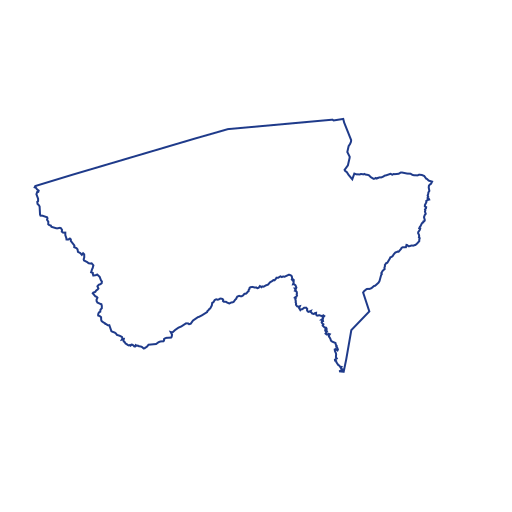 Água Boa, Mato Grosso, Brazil (Mercator projection), rotated 341°
{"feature_id": "56859067B27604315767494", "entity_name": "Água Boa", "entity_type": "district", "adm_level": 2, "iso_a3": "BRA", "parent_name": "Brazil", "parent_adm1": "Mato Grosso", "projection": "mercator", "projection_center": [-52.48, -14.089], "detail": "fine", "context": "isolated", "style": "outline", "palette": "blue", "viewbox_px": 512, "rotation_deg": 341, "n_neighbors": 0, "source": "geoboundaries", "source_scale": "gbopen_adm2", "svg_char_len": 6060}
<svg xmlns="http://www.w3.org/2000/svg" viewBox="0 0 512 512"><g transform="rotate(341 256 256)"><path d="M383.1,154.8L373.5,153.1L372.7,152.0L270.8,126.9L237.0,125.1L109.0,119.4L70.1,118.0L69.1,119.0L70.1,119.8L70.7,121.8L71.8,123.4L71.0,124.5L70.0,124.2L68.5,126.1L68.6,131.0L67.8,133.2L66.8,133.6L66.4,135.6L67.3,137.5L67.5,138.8L65.3,146.5L65.4,147.7L67.1,148.3L71.1,151.4L71.1,152.5L70.2,153.7L70.8,155.9L69.9,158.4L70.6,159.5L71.9,160.4L72.1,161.8L76.1,164.7L77.2,165.2L79.7,165.5L80.6,166.2L81.1,168.2L80.3,169.7L81.2,171.1L83.3,171.8L82.5,174.2L82.5,177.2L82.2,178.7L83.9,179.3L85.7,178.9L86.3,180.0L85.8,181.5L87.7,186.9L87.0,188.5L88.8,190.1L89.4,191.6L89.0,194.1L90.8,196.0L91.7,198.2L93.4,197.1L94.1,198.5L93.2,201.3L92.0,203.0L91.9,204.2L94.5,206.9L95.3,208.3L96.9,209.2L98.2,209.4L99.2,211.9L97.5,214.4L96.7,215.1L94.8,217.7L96.2,218.9L95.8,220.3L95.8,221.5L98.4,222.0L99.8,221.8L101.4,224.8L101.5,228.6L102.0,229.9L101.2,231.5L99.7,232.0L98.0,232.0L96.2,233.0L96.4,235.4L95.4,236.1L93.6,236.6L92.4,237.6L90.3,237.6L89.5,238.1L91.0,241.9L92.0,242.6L92.5,243.8L91.0,245.4L90.6,246.7L90.9,248.4L93.2,250.6L94.1,251.2L94.0,252.9L93.2,255.2L91.5,256.1L90.6,258.0L89.4,258.1L88.6,258.7L87.8,259.7L87.4,260.9L88.8,262.1L89.6,263.4L88.8,266.1L88.9,267.4L90.3,269.4L91.2,270.2L91.4,271.2L92.3,271.7L93.1,273.0L93.8,273.5L94.8,273.7L94.8,280.0L95.5,280.8L97.5,282.4L98.4,283.8L98.8,285.3L101.1,287.0L102.9,288.9L103.0,290.3L101.9,291.4L103.9,291.5L103.2,292.6L103.1,293.8L103.7,294.3L104.2,296.4L105.1,297.2L105.5,298.1L106.7,299.2L107.9,299.1L108.2,299.9L109.8,299.3L110.9,300.5L111.5,301.9L112.3,302.2L113.3,301.1L114.1,302.1L115.1,302.2L115.6,303.0L117.8,304.2L118.7,305.1L119.7,306.9L120.8,307.0L121.5,306.6L122.5,306.5L123.6,306.1L125.5,304.9L132.9,306.7L135.7,305.8L137.0,305.7L138.3,305.8L140.7,306.5L141.5,306.0L142.0,304.6L142.9,304.3L144.6,304.2L149.1,305.5L149.9,305.0L151.0,303.1L150.6,300.1L151.6,300.8L152.5,300.9L155.5,299.6L159.4,298.5L162.4,298.3L167.9,296.9L169.9,297.7L170.5,298.7L172.2,298.8L175.4,296.5L181.2,294.9L182.1,295.0L185.5,294.5L191.5,293.1L192.2,292.2L193.4,291.8L194.4,291.0L195.6,290.7L198.1,288.4L199.4,286.0L200.6,285.9L202.6,284.2L204.3,284.0L205.6,284.9L207.0,284.9L208.3,284.6L209.4,285.1L210.4,285.8L210.7,286.9L210.1,287.8L210.6,288.7L212.8,289.6L213.5,290.6L215.3,292.2L217.6,291.9L218.7,292.2L219.9,292.1L222.2,290.5L223.4,290.0L224.2,289.0L225.1,288.3L227.1,288.2L228.2,289.0L229.3,289.4L231.2,289.0L232.2,288.2L233.3,288.0L234.1,288.4L235.6,287.8L236.5,287.1L237.5,286.9L238.2,285.5L239.1,285.0L239.5,284.1L240.5,283.7L242.6,284.1L244.7,285.5L246.0,285.8L246.8,286.9L248.2,286.9L249.9,285.7L251.0,287.3L252.0,286.8L253.2,287.5L255.7,287.0L258.0,287.0L260.8,285.4L263.6,284.9L264.6,284.4L265.6,285.0L267.4,284.0L268.3,283.2L269.8,283.8L272.5,283.2L273.5,284.3L275.0,284.2L276.2,284.9L281.1,284.4L282.4,285.4L283.1,286.3L283.2,287.5L282.8,289.0L283.4,290.2L282.4,290.2L282.7,291.2L283.7,291.4L282.9,293.4L281.8,294.8L282.8,295.0L283.8,296.6L283.9,299.0L283.3,299.7L282.1,299.3L282.4,301.1L281.6,301.6L282.4,302.3L282.8,303.1L282.6,304.5L281.9,305.6L282.0,306.5L281.0,307.6L279.8,307.7L279.0,308.1L279.7,309.1L279.0,310.0L279.0,311.6L278.4,312.5L278.5,313.8L277.9,315.1L278.5,317.0L279.4,317.7L281.1,317.8L279.8,319.3L280.3,321.6L281.2,321.1L282.4,321.4L284.6,320.6L286.6,321.2L287.2,322.7L286.6,323.8L286.8,325.2L287.4,325.9L289.9,325.8L289.2,326.5L290.0,327.4L290.3,328.6L291.8,329.7L293.0,329.2L294.3,329.3L293.8,330.5L294.0,331.9L295.0,332.5L296.4,332.5L298.4,334.0L299.4,334.4L300.3,334.0L301.0,335.0L300.2,335.5L299.1,335.6L299.0,337.0L297.1,337.6L298.3,338.3L298.2,339.4L297.1,339.4L296.5,340.0L296.7,341.3L297.5,342.5L296.4,343.5L297.5,345.8L298.9,346.6L299.1,347.5L298.8,348.5L298.0,347.5L297.2,348.8L297.3,349.8L298.3,350.7L296.5,352.0L297.3,353.3L298.2,353.6L299.1,353.1L300.3,354.0L299.1,354.9L298.7,355.9L299.1,356.8L299.4,358.9L299.3,360.4L300.2,361.8L302.8,364.1L302.6,366.1L303.0,367.1L302.3,367.9L302.9,368.6L303.0,371.1L302.3,371.8L300.9,369.9L300.0,370.0L299.7,371.6L299.9,373.7L299.8,374.9L298.6,377.7L299.0,379.2L296.9,379.7L296.7,380.7L297.6,381.4L297.4,382.6L298.3,385.9L299.1,386.7L299.4,388.1L300.7,388.7L299.8,389.7L300.0,390.6L301.0,391.4L300.1,392.2L299.0,392.0L297.1,392.1L301.2,394.0L307.6,383.2L322.0,357.1L345.1,345.3L345.4,325.4L346.8,324.4L349.8,323.3L351.1,323.5L352.5,324.1L354.7,324.0L357.7,322.8L359.0,322.9L363.2,321.1L364.6,319.9L368.0,314.9L369.1,314.0L368.9,313.0L371.0,311.2L373.4,310.2L373.6,308.9L374.7,307.5L374.9,306.5L376.8,305.1L377.9,305.2L381.7,302.0L382.6,301.0L383.9,301.0L385.3,300.5L386.7,299.3L389.0,298.0L390.4,298.1L391.4,297.9L392.2,298.4L395.5,296.5L396.3,295.7L397.5,295.5L400.6,296.5L401.9,294.5L402.6,295.0L403.3,296.4L404.3,296.7L406.3,296.7L408.5,297.5L409.3,297.3L410.3,297.5L412.3,296.7L415.2,295.1L415.7,293.7L416.6,292.4L416.1,291.4L416.8,290.3L417.0,288.7L416.7,287.4L417.1,286.3L419.4,284.6L420.2,283.5L419.4,282.9L420.4,281.8L421.2,281.4L423.3,279.3L424.2,278.7L425.1,278.7L425.5,277.8L426.6,277.8L427.3,277.0L427.5,273.9L429.0,272.1L430.2,271.4L430.2,269.0L430.9,268.1L430.9,267.0L432.2,266.3L432.8,265.2L431.8,264.1L432.3,262.8L434.5,260.7L434.9,259.4L437.0,258.9L438.1,259.0L438.0,257.9L437.0,257.5L437.4,256.4L438.2,255.7L438.0,254.6L439.0,253.5L439.7,252.0L441.1,250.9L441.6,247.5L442.4,245.8L443.7,245.0L445.0,244.7L446.7,243.0L443.8,240.9L442.8,238.9L442.1,238.3L441.1,235.1L439.2,233.4L436.7,232.2L435.1,232.4L431.5,231.0L430.3,230.2L428.9,228.5L425.8,227.3L421.4,224.7L420.0,224.2L417.7,224.7L413.8,223.8L412.9,223.3L411.3,223.5L410.0,222.1L405.3,222.1L403.7,221.9L402.5,222.3L400.2,222.5L398.0,221.8L397.1,222.0L396.1,221.7L395.4,222.1L394.5,221.2L393.5,221.5L392.3,221.3L390.2,218.8L389.1,216.5L388.1,215.7L386.0,214.6L385.2,213.7L384.2,213.8L381.9,212.6L380.7,212.7L377.4,211.4L375.8,210.1L372.0,214.8L369.9,209.3L369.2,206.3L368.0,204.6L367.8,203.4L372.4,200.2L376.4,193.8L376.9,192.7L376.2,187.4L379.4,182.2L381.4,180.7L383.0,178.9L383.7,177.4L382.8,158.5L383.1,154.8Z" fill="none" stroke="#1e3a8a" stroke-width="2"/></g></svg>